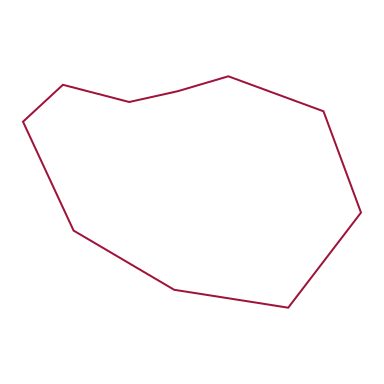 outline of Gwangju
{"feature_id": "KOR-2500", "entity_name": "Gwangju", "entity_type": "Metropolitan City", "adm_level": 1, "iso_a3": "KOR", "parent_name": "South Korea", "parent_adm1": "", "projection": "robinson", "projection_center": [126.912, 35.202], "detail": "fine", "context": "isolated", "style": "outline", "palette": "rose", "viewbox_px": 384, "rotation_deg": 0, "n_neighbors": 0, "source": "natural_earth", "source_scale": "10m", "svg_char_len": 252}
<svg xmlns="http://www.w3.org/2000/svg" viewBox="0 0 384 384"><path d="M228.3,76.3L323.5,111.3L361.0,212.6L288.2,307.7L174.2,289.8L73.6,230.6L23.0,121.7L62.9,84.8L129.2,102.0L177.7,91.2L228.3,76.3Z" fill="none" stroke="#9f1239" stroke-width="2"/></svg>